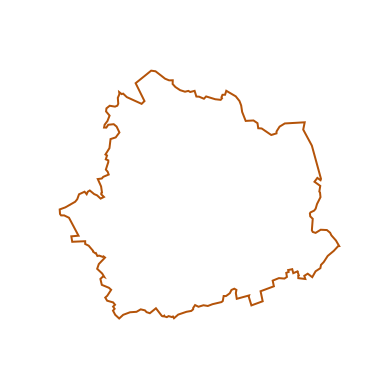 Kilkenny Lea-7, Kilkenny, Ireland, rotated 338°
{"feature_id": "5873133B31102930937386", "entity_name": "Kilkenny Lea-7", "entity_type": "district", "adm_level": 2, "iso_a3": "IRL", "parent_name": "Ireland", "parent_adm1": "Kilkenny", "projection": "mercator", "projection_center": [-7.278, 52.671], "detail": "fine", "context": "isolated", "style": "outline", "palette": "amber", "viewbox_px": 384, "rotation_deg": 338, "n_neighbors": 0, "source": "geoboundaries", "source_scale": "gbopen_adm2", "svg_char_len": 2807}
<svg xmlns="http://www.w3.org/2000/svg" viewBox="0 0 384 384"><g transform="rotate(338 192 192)"><path d="M117.6,295.6L118.6,296.5L119.8,296.3L119.7,296.9L121.8,298.6L123.8,298.3L126.5,300.4L127.7,300.3L128.0,302.3L133.3,300.5L142.0,301.0L146.8,302.0L149.1,301.2L149.7,299.9L152.5,298.0L155.0,300.8L160.2,301.3L164.0,303.6L169.0,303.7L178.1,305.1L179.7,304.6L182.4,300.3L184.5,301.2L186.3,300.8L189.2,300.0L191.9,297.6L195.0,297.5L196.5,299.4L194.8,302.1L193.5,307.8L206.2,309.3L205.4,310.3L204.6,319.4L216.6,319.8L218.4,309.7L232.6,310.1L233.6,304.4L240.3,304.4L245.3,306.9L248.2,306.3L249.1,302.3L251.7,302.3L251.9,300.4L256.0,301.1L255.5,305.2L260.9,305.1L260.0,305.6L259.8,309.3L259.2,309.3L258.3,311.7L264.5,315.1L264.7,311.8L268.7,311.1L271.6,316.0L276.9,311.8L282.5,310.7L284.3,307.9L287.9,306.3L293.9,302.1L301.4,299.7L307.1,297.0L308.2,297.3L307.3,290.9L305.0,284.4L304.8,281.5L302.8,277.8L297.2,275.2L291.3,276.2L289.0,274.3L288.8,272.4L293.9,262.1L292.5,258.9L293.3,256.0L294.3,255.3L298.3,255.0L300.4,253.8L303.4,250.0L309.2,244.9L310.5,240.4L310.2,239.3L313.2,234.4L309.4,228.4L313.5,225.9L315.6,229.2L316.5,228.2L320.5,193.9L318.5,175.8L322.6,169.6L303.7,163.2L297.7,164.2L293.1,167.5L292.3,169.3L286.8,168.8L280.4,159.2L277.3,157.7L278.5,152.7L275.8,148.7L268.4,146.2L268.5,136.5L270.0,130.2L270.1,125.4L268.4,119.7L261.7,111.0L259.1,114.2L256.7,113.3L254.8,115.2L255.0,116.3L253.1,117.3L248.3,114.7L240.9,108.7L238.0,110.0L234.3,106.3L231.8,105.1L232.3,99.2L227.8,98.6L226.5,96.9L223.1,96.4L219.1,93.1L215.9,88.4L214.5,84.6L216.0,81.2L212.6,79.9L209.5,76.9L203.4,66.4L199.6,64.2L180.5,70.0L182.0,89.9L178.3,91.4L167.1,79.6L165.0,75.0L163.5,74.9L161.9,72.1L161.4,74.0L158.5,76.9L156.7,82.5L155.1,84.0L152.6,84.0L148.0,81.2L144.0,82.4L142.5,85.1L144.2,90.3L140.2,94.5L136.2,96.9L134.6,99.3L136.7,100.2L139.5,98.3L144.8,99.8L146.6,103.1L147.0,109.6L141.7,112.8L136.3,112.4L131.9,120.4L125.8,124.8L126.9,126.3L124.3,129.4L126.2,131.3L125.6,132.9L120.5,139.0L121.4,141.6L121.3,144.6L115.4,144.7L113.4,145.7L109.5,144.7L109.8,152.8L108.3,158.9L107.4,159.1L107.0,160.2L108.5,163.6L104.8,163.9L102.7,159.5L100.5,157.3L97.8,152.3L95.5,152.7L93.5,154.6L92.5,151.5L86.4,151.8L82.9,155.7L80.0,157.3L68.8,158.8L62.8,158.6L61.4,162.9L61.8,164.6L64.7,165.8L68.3,169.8L70.4,190.0L63.5,187.9L62.3,193.3L74.5,197.6L73.5,200.2L76.1,203.1L78.2,209.5L77.9,210.2L79.4,212.6L80.0,212.6L80.3,215.9L82.1,216.2L84.9,218.7L85.8,218.5L86.8,220.2L78.6,223.9L75.3,227.7L78.2,234.0L78.8,237.8L78.0,236.9L74.5,238.3L73.6,244.3L79.1,249.7L80.4,252.4L74.5,256.5L72.0,257.4L72.6,261.0L77.5,264.8L78.4,267.7L75.9,268.7L76.5,271.3L74.3,272.4L74.8,277.1L77.1,282.0L82.2,280.1L89.5,280.3L95.7,282.3L100.5,281.6L104.0,284.1L104.9,286.4L107.5,288.6L115.0,286.3L117.6,295.6Z" fill="none" stroke="#b45309" stroke-width="2"/></g></svg>